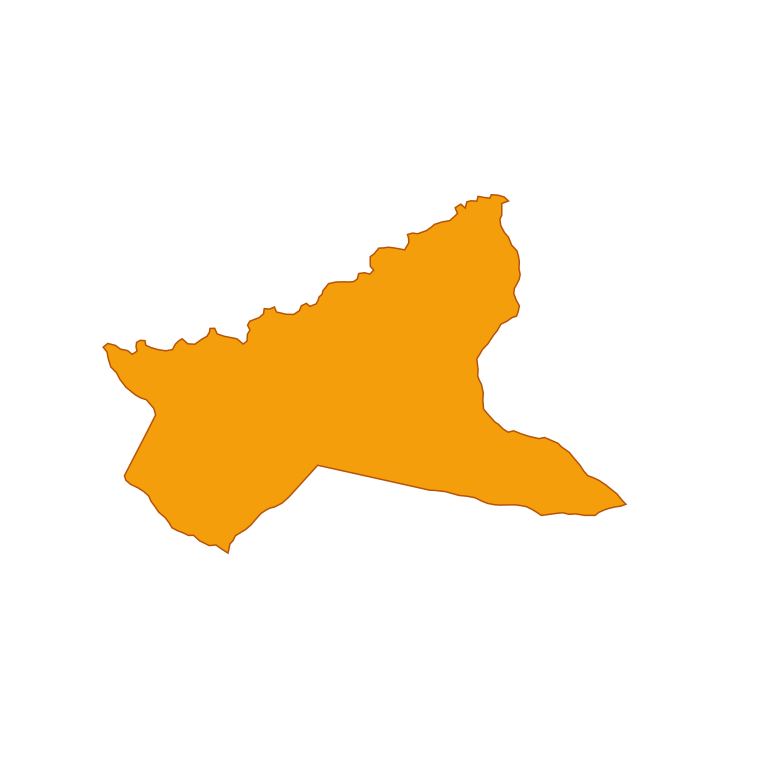 Jaguapitã, Paraná, Brazil (Equal Earth projection), rotated 115°
{"feature_id": "56859067B47471443694247", "entity_name": "Jaguapitã", "entity_type": "district", "adm_level": 2, "iso_a3": "BRA", "parent_name": "Brazil", "parent_adm1": "Paraná", "projection": "equal_earth", "projection_center": [-51.575, -23.05], "detail": "fine", "context": "isolated", "style": "filled", "palette": "amber", "viewbox_px": 768, "rotation_deg": 115, "n_neighbors": 0, "source": "geoboundaries", "source_scale": "gbopen_adm2", "svg_char_len": 3075}
<svg xmlns="http://www.w3.org/2000/svg" viewBox="0 0 768 768"><g transform="rotate(115 384 384)"><path d="M360.5,515.9L364.6,519.5L366.3,524.4L371.2,522.9L376.6,525.2L380.0,528.5L383.8,532.2L388.4,532.5L391.7,528.3L396.7,528.8L402.9,526.3L407.3,528.5L405.2,536.4L406.9,543.4L408.3,549.1L409.1,556.4L405.1,561.0L407.2,565.2L410.9,564.1L415.7,564.6L420.3,568.0L427.9,572.2L430.5,578.8L428.3,586.1L432.0,588.4L436.0,589.9L442.2,590.3L446.1,595.7L448.3,603.0L449.5,610.8L449.5,616.4L445.7,618.9L447.4,623.3L450.9,625.8L455.0,624.5L458.6,621.7L463.5,624.8L462.1,630.5L463.8,637.7L462.5,643.7L464.0,651.5L469.3,654.1L472.1,648.5L477.3,644.8L480.3,642.2L484.0,638.8L486.9,631.1L491.4,625.3L493.8,620.7L496.0,616.5L497.8,609.3L499.0,604.1L499.4,598.6L498.7,592.7L503.4,582.3L508.6,577.9L530.0,578.6L576.8,580.5L580.3,577.3L582.0,571.4L582.1,563.1L583.0,556.3L584.9,550.0L588.8,545.5L592.1,539.4L595.3,534.1L597.6,525.8L600.7,520.0L603.9,515.4L604.2,509.6L603.8,502.6L603.9,497.2L601.6,492.7L604.1,484.8L604.3,474.1L600.9,468.2L602.2,461.4L603.2,453.9L594.1,456.0L589.6,454.6L584.4,454.6L579.4,451.3L574.0,447.7L567.8,445.0L559.6,442.7L553.1,440.7L548.1,437.6L544.4,434.7L541.8,431.3L535.1,426.1L526.8,422.5L485.7,409.8L469.5,336.7L461.0,298.0L458.8,292.5L455.6,282.9L454.2,274.6L453.3,268.9L450.6,261.3L448.6,253.4L448.8,245.6L448.4,239.6L446.7,232.8L444.5,227.2L441.2,220.6L438.0,213.9L436.4,208.7L435.0,203.2L435.1,197.3L435.6,192.3L436.6,185.8L427.6,171.8L425.1,167.4L423.9,161.2L420.7,155.3L418.2,146.4L413.8,137.1L409.5,135.0L404.7,130.8L401.8,127.7L398.1,123.1L394.8,118.0L390.7,113.9L389.0,118.6L385.2,126.4L381.8,140.2L380.5,148.2L380.5,155.5L381.0,160.6L378.5,166.1L374.8,172.0L370.8,180.8L367.7,187.1L366.0,196.5L364.2,201.2L364.4,208.2L364.6,215.9L368.0,220.4L370.2,230.7L371.2,238.8L371.6,246.6L375.2,251.2L374.4,257.2L372.3,262.9L371.6,267.4L367.7,276.6L364.6,283.2L356.9,287.6L350.2,290.2L343.1,295.6L340.4,299.1L337.3,302.4L331.5,304.7L322.0,310.5L315.6,309.7L311.2,309.4L303.6,306.8L299.0,306.2L292.8,305.2L287.8,303.9L280.5,303.4L275.0,299.0L269.8,296.1L266.4,292.5L261.1,293.1L256.0,294.3L252.1,299.6L247.1,304.7L242.2,306.2L237.8,305.9L232.2,305.7L227.4,306.8L222.2,310.5L216.0,313.0L211.3,316.2L207.1,319.8L204.2,327.0L198.4,333.2L195.8,338.9L191.0,345.2L185.6,348.6L181.3,348.6L175.1,351.4L170.7,353.6L165.5,348.5L163.7,354.3L164.7,360.5L167.1,366.7L170.9,366.7L172.8,372.7L174.2,378.1L179.0,377.1L181.2,382.6L183.9,385.9L190.2,384.7L188.5,390.4L194.2,394.0L198.4,389.5L202.8,391.1L208.2,393.5L212.3,399.5L217.9,405.6L221.8,407.4L227.0,410.3L233.6,417.0L235.2,422.0L238.6,425.9L241.5,423.3L245.7,421.2L253.7,422.0L256.1,431.3L258.2,437.9L260.9,442.0L263.0,446.1L270.3,448.0L274.4,450.3L277.9,448.7L283.1,446.2L285.1,441.5L290.3,443.2L291.4,448.7L294.6,453.6L300.2,452.6L303.8,454.6L306.1,458.3L308.3,463.4L311.8,470.5L316.5,476.7L321.1,477.7L325.1,478.8L329.0,478.0L332.3,479.6L336.4,479.1L340.0,479.3L345.0,484.0L343.7,488.4L348.1,492.0L353.3,491.7L359.1,495.2L362.2,502.3L364.2,511.9L360.5,515.9Z" fill="#f59e0b" stroke="#b45309" stroke-width="1.5"/></g></svg>